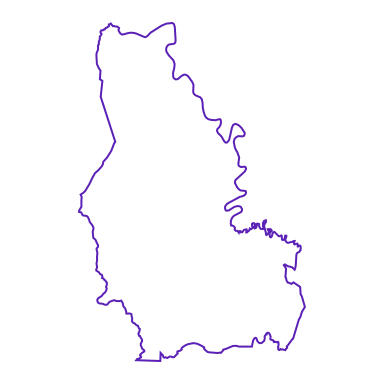 outline of Daule, Guayas, Ecuador, rotated 180°
{"feature_id": "8360857B15995512724159", "entity_name": "Daule", "entity_type": "district", "adm_level": 2, "iso_a3": "ECU", "parent_name": "Ecuador", "parent_adm1": "Guayas", "projection": "natural_earth1", "projection_center": [-79.945, -1.92], "detail": "fine", "context": "isolated", "style": "outline", "palette": "violet", "viewbox_px": 384, "rotation_deg": 180, "n_neighbors": 0, "source": "geoboundaries", "source_scale": "gbopen_adm2", "svg_char_len": 5955}
<svg xmlns="http://www.w3.org/2000/svg" viewBox="0 0 384 384"><g transform="rotate(180 192 192)"><path d="M247.7,23.8L223.7,23.0L223.4,31.1L221.1,28.6L220.6,27.0L219.9,26.3L218.4,26.7L216.8,26.0L214.3,27.4L212.7,27.4L211.0,26.7L209.9,26.9L206.3,30.6L206.8,31.9L206.5,32.6L204.1,33.2L202.3,34.4L202.5,35.4L201.7,36.6L198.4,38.8L196.0,39.8L190.5,40.9L186.6,40.2L182.0,38.0L181.1,37.2L180.5,37.1L179.8,36.6L179.9,35.4L179.1,34.3L176.7,32.2L175.2,31.7L166.2,31.0L164.4,31.4L163.1,31.1L160.8,33.7L160.7,34.4L157.8,35.2L151.2,38.0L147.9,38.2L144.9,37.4L132.1,37.4L130.9,43.4L129.5,45.8L128.4,46.2L127.6,45.8L126.7,43.0L125.2,41.3L123.8,40.8L122.2,41.1L119.8,43.2L119.3,45.1L119.3,47.9L118.4,49.0L117.3,49.6L117.6,50.5L116.6,51.2L115.4,51.2L114.3,49.9L113.4,47.6L113.7,45.0L113.3,44.4L111.1,43.8L110.9,43.3L110.1,43.0L110.0,42.0L108.5,42.1L107.1,41.7L106.1,42.2L105.6,41.7L105.4,39.4L105.9,37.1L105.6,36.3L105.9,35.1L105.2,34.1L104.4,34.0L103.3,34.9L102.3,34.4L101.4,34.6L98.6,33.9L97.9,35.3L96.8,36.2L97.2,37.7L96.6,38.1L91.6,44.9L90.9,45.3L85.2,64.3L83.7,66.9L82.0,72.3L79.1,77.0L82.1,87.5L83.4,89.8L83.8,97.0L90.5,101.6L92.5,100.1L95.3,101.3L96.2,101.4L97.5,103.5L98.0,106.2L98.6,107.0L97.9,115.1L98.4,116.3L100.2,118.8L99.1,119.6L96.3,117.9L91.8,116.7L89.4,114.3L88.7,115.9L88.2,119.2L87.6,129.5L87.1,130.7L86.0,131.6L84.6,132.1L83.9,133.6L83.4,133.9L83.3,136.7L83.7,138.3L84.7,138.4L86.0,137.4L86.3,137.5L86.3,139.9L86.7,140.4L89.5,139.6L90.0,140.2L90.0,141.0L89.4,143.0L90.5,142.9L92.1,142.0L93.9,141.8L95.3,141.2L96.8,141.3L98.1,142.6L98.8,144.3L97.6,147.5L97.7,148.3L98.8,148.3L99.4,145.4L100.0,144.2L101.3,144.0L102.0,144.4L102.3,148.2L102.8,148.6L104.2,147.8L105.3,147.8L109.6,152.1L110.3,151.9L111.6,150.4L111.8,148.6L112.8,146.8L113.6,146.7L114.1,147.4L114.5,150.5L113.8,151.9L112.5,152.6L112.2,153.5L113.5,154.9L116.3,154.8L116.1,154.1L114.5,153.4L114.1,152.6L115.5,151.9L115.5,151.0L116.3,149.8L117.6,149.0L118.0,149.4L118.1,151.2L120.0,158.2L118.9,160.8L117.9,162.2L118.2,163.8L120.1,163.0L121.0,160.9L121.0,157.4L120.0,155.8L120.5,155.0L123.3,155.1L124.8,157.4L124.9,159.9L126.4,160.4L127.3,159.9L127.1,158.4L127.7,157.3L127.7,156.4L129.2,155.6L130.0,157.1L128.7,157.6L128.7,159.3L129.3,158.8L129.8,160.7L130.9,160.9L131.4,160.7L132.0,160.0L131.9,158.0L131.3,156.1L132.9,154.9L134.2,155.5L134.7,153.5L135.4,153.2L137.1,151.5L137.8,151.6L137.3,154.5L137.8,154.7L140.0,154.1L141.7,151.8L143.4,151.7L143.5,152.9L144.7,152.9L145.1,152.5L145.3,151.4L146.5,153.1L148.3,153.2L148.7,153.5L149.4,154.8L149.0,156.1L150.1,157.6L151.6,158.5L152.9,158.5L153.2,160.2L153.1,163.4L151.8,166.4L150.1,168.2L142.9,172.0L142.0,173.6L141.9,174.7L143.2,177.1L144.4,177.7L147.0,177.9L149.9,177.0L155.0,173.7L157.1,173.3L158.0,173.5L158.6,174.2L159.0,176.1L158.8,177.7L157.3,179.8L155.9,180.8L144.5,187.0L140.7,188.1L138.9,189.3L138.1,190.6L138.0,191.9L138.4,193.0L143.6,193.6L145.5,195.1L146.8,196.6L149.0,200.9L148.9,203.1L148.2,204.3L139.2,212.5L138.1,214.7L138.0,215.7L138.2,216.4L139.0,217.3L143.2,217.0L145.1,218.1L145.6,219.3L145.6,220.7L144.8,226.5L146.7,231.8L148.2,234.2L149.3,237.1L150.2,242.2L149.5,245.0L147.7,246.9L145.7,247.9L141.7,247.6L140.0,248.2L139.4,249.6L139.3,251.2L142.5,256.1L145.1,258.6L147.2,259.7L148.7,260.1L150.1,259.5L151.0,258.8L152.1,256.2L154.7,244.6L155.3,243.4L156.9,241.6L158.2,241.3L159.0,241.9L159.7,242.6L162.6,247.6L166.1,251.1L167.0,253.3L166.7,254.8L164.8,256.8L163.5,259.2L163.0,261.4L163.2,263.8L163.9,264.8L164.6,264.8L168.6,263.8L172.8,264.1L175.6,264.8L177.8,266.3L179.1,268.4L180.4,272.3L181.2,276.4L181.4,280.9L182.1,284.5L183.6,286.6L188.7,288.8L190.3,290.4L190.8,292.2L190.5,299.2L191.6,301.8L194.9,306.5L196.6,308.4L198.5,309.3L199.8,309.4L202.3,308.2L206.2,304.9L208.3,304.6L210.1,305.7L210.8,307.1L210.9,311.2L209.7,316.2L209.4,320.0L210.6,323.7L215.0,328.4L217.4,332.0L217.8,333.6L217.8,335.6L217.2,337.3L216.2,338.6L214.9,339.5L210.3,340.2L209.3,340.7L208.6,341.9L208.4,343.8L209.2,356.8L210.0,359.8L211.6,361.0L217.5,360.4L222.3,358.4L233.5,351.3L236.3,348.2L238.4,346.9L239.4,346.9L247.6,350.4L250.3,351.1L253.3,351.3L255.5,351.0L261.5,349.4L262.6,349.8L263.7,350.6L265.3,353.1L265.5,353.9L264.9,356.0L266.9,357.5L268.8,357.5L269.9,358.0L271.1,357.8L273.2,360.5L274.0,359.8L275.1,359.6L274.9,358.5L275.3,357.5L276.3,357.3L277.3,356.2L278.4,356.0L279.3,354.5L280.0,354.6L281.0,353.7L282.7,353.7L283.5,352.4L283.4,351.1L282.5,350.4L282.6,349.6L283.3,348.3L284.2,347.5L284.2,344.5L285.0,342.8L285.3,341.0L285.1,339.7L286.0,338.5L285.9,334.7L287.4,330.8L287.6,328.8L287.1,320.0L285.0,315.4L283.5,313.4L284.1,304.8L281.6,303.1L283.3,287.2L268.7,242.1L269.7,241.0L272.7,233.2L277.1,226.2L280.7,222.3L281.1,219.8L282.2,217.7L285.8,213.6L288.9,211.0L291.9,205.7L294.5,200.1L298.9,192.9L300.8,191.1L303.4,189.4L302.3,187.0L302.6,183.4L302.6,177.2L304.8,173.6L304.9,172.0L302.8,171.6L301.5,169.0L301.0,168.6L297.3,168.0L296.1,166.9L295.0,164.6L294.2,161.9L291.9,159.1L290.7,156.7L290.5,155.4L291.3,152.1L290.7,146.2L288.5,144.2L285.9,138.4L286.1,137.0L287.3,135.6L287.5,134.8L286.6,131.3L287.0,126.8L286.9,123.6L287.5,120.6L286.9,116.7L287.8,114.4L287.7,113.4L285.0,111.7L283.9,109.9L282.1,109.1L281.6,107.5L282.0,106.1L280.4,105.3L279.6,104.0L278.6,103.5L278.1,102.4L277.1,101.4L277.3,98.7L278.0,97.1L277.4,95.9L277.3,94.9L277.9,93.4L279.0,91.5L280.6,90.3L282.2,88.1L285.9,85.7L286.8,83.9L286.4,82.3L285.9,81.4L284.7,80.6L281.2,80.2L279.9,79.5L278.2,79.2L276.8,79.4L274.6,82.1L272.1,83.1L269.6,83.8L267.8,83.0L264.3,82.9L262.8,83.4L261.4,81.2L260.6,77.7L259.1,75.9L258.6,74.9L257.8,72.3L257.6,70.4L254.2,70.5L252.6,69.9L252.4,67.8L251.8,66.1L252.0,62.8L250.9,61.2L249.3,60.6L247.6,58.8L246.0,58.2L245.3,56.0L244.1,54.9L244.9,51.7L245.5,50.8L245.5,49.8L244.9,48.1L243.9,47.9L243.6,46.8L242.1,44.7L241.9,43.0L243.2,40.3L243.2,38.7L241.7,35.2L239.9,33.8L239.6,32.9L240.6,31.8L241.6,31.5L243.9,29.2L244.0,28.6L242.9,27.4L243.0,26.6L245.2,25.3L246.8,25.0L247.7,23.8Z" fill="none" stroke="#5b21b6" stroke-width="2"/></g></svg>